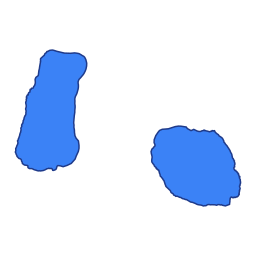 Paama, Malampa, Vanuatu (Mercator projection)
{"feature_id": "77236927B20475273490027", "entity_name": "Paama", "entity_type": "district", "adm_level": 2, "iso_a3": "VUT", "parent_name": "Vanuatu", "parent_adm1": "Malampa", "projection": "mercator", "projection_center": [168.29, -16.483], "detail": "fine", "context": "isolated", "style": "filled", "palette": "blue", "viewbox_px": 256, "rotation_deg": 0, "n_neighbors": 0, "source": "geoboundaries", "source_scale": "gbopen_adm2", "svg_char_len": 5787}
<svg xmlns="http://www.w3.org/2000/svg" viewBox="0 0 256 256"><path d="M19.0,137.5L18.3,139.0L18.1,140.1L17.5,140.8L17.6,141.4L17.9,142.2L17.9,143.1L17.6,144.3L16.7,146.1L16.5,147.0L15.7,148.6L15.8,150.7L15.6,151.4L15.4,151.7L15.4,152.3L15.6,152.8L15.9,153.1L16.2,154.4L16.9,155.6L17.0,156.4L18.9,158.4L19.3,158.6L20.4,158.8L21.3,159.7L21.5,161.0L22.2,162.2L22.3,163.2L22.5,163.6L24.4,165.0L27.5,165.5L27.9,165.9L27.9,167.2L28.1,167.7L28.8,168.2L29.6,168.6L31.8,168.6L32.6,168.9L34.1,169.7L36.3,170.3L37.0,170.6L38.4,170.9L39.4,170.7L39.9,170.9L40.6,170.9L43.3,170.5L45.3,169.7L46.5,169.0L46.9,168.7L48.0,168.6L48.6,168.3L49.0,168.3L50.0,168.6L50.8,168.4L51.6,168.5L52.2,169.0L52.7,170.3L53.0,170.4L53.5,170.4L54.7,170.0L55.6,169.6L56.3,168.8L57.0,166.4L57.3,166.0L57.8,165.6L60.2,165.8L63.1,166.7L67.1,165.4L71.3,163.4L75.1,159.1L76.2,156.1L78.3,151.5L79.0,148.3L79.0,145.3L78.4,140.9L76.1,138.2L74.8,135.3L74.8,134.3L74.5,132.8L74.4,130.0L73.9,127.2L74.0,125.1L73.7,123.2L73.7,122.2L74.3,115.6L74.8,112.3L74.8,110.4L75.1,107.5L75.1,105.8L74.8,103.5L74.9,101.8L74.9,100.6L74.8,99.5L74.9,98.2L75.4,96.5L76.7,93.9L77.1,92.7L78.1,89.1L78.4,87.0L78.4,84.8L78.1,83.3L78.1,81.8L78.7,80.0L79.1,79.3L81.0,77.3L81.8,76.2L82.2,75.9L83.2,74.6L83.9,73.6L85.1,71.3L86.0,69.0L86.6,66.0L86.7,63.2L86.4,61.8L85.8,59.5L84.7,57.3L83.7,56.3L82.0,55.4L81.0,54.7L79.0,53.6L76.9,53.2L74.6,52.9L70.5,53.3L64.4,53.1L56.8,51.3L54.0,50.4L52.8,50.1L51.9,50.1L50.0,50.3L49.2,50.6L48.1,51.3L47.2,51.4L46.7,51.8L46.5,52.5L45.1,53.5L44.7,54.1L44.2,55.5L43.6,55.8L40.7,58.5L40.5,59.0L40.6,61.3L40.4,61.7L40.5,61.8L39.6,66.9L39.4,68.6L38.9,70.6L38.3,75.4L38.0,75.8L37.6,76.1L35.9,77.4L35.3,78.8L35.1,79.6L35.3,81.7L35.3,83.1L34.7,85.2L34.5,85.6L33.7,86.5L33.3,87.8L32.8,88.2L31.7,88.2L31.2,88.8L31.2,89.2L31.0,89.4L30.7,89.5L30.5,89.3L30.2,89.4L30.1,89.6L30.2,90.4L29.9,90.9L30.0,91.7L29.9,92.0L29.7,92.2L29.1,92.4L28.7,92.8L28.3,93.6L28.3,94.6L28.2,94.9L28.1,95.0L27.5,94.9L27.3,95.1L26.4,96.9L26.4,97.4L26.7,97.6L26.8,98.0L26.2,99.2L26.3,99.9L26.3,100.5L26.2,101.1L25.7,102.2L25.8,103.5L26.2,105.2L26.2,106.9L25.6,108.9L25.7,109.5L26.1,110.8L26.1,111.3L25.9,112.3L25.9,114.0L25.5,115.2L25.0,115.7L24.9,115.9L24.8,116.5L24.4,117.0L24.2,117.6L24.1,118.4L23.9,118.9L23.9,119.5L23.2,120.6L23.1,121.8L22.9,122.4L22.8,123.1L22.6,123.6L22.1,124.0L21.8,124.7L21.6,125.1L21.6,125.4L21.8,125.9L21.7,126.6L21.1,127.6L20.9,128.2L20.9,128.9L21.1,129.8L20.7,131.4L20.7,132.1L20.3,132.8L19.8,134.4L19.6,135.6L19.2,136.7L19.0,137.5ZM192.7,129.9L191.0,130.6L187.4,128.6L186.2,127.0L181.0,126.2L178.5,126.1L175.2,126.6L168.3,128.8L162.2,129.3L159.5,130.5L158.1,132.2L155.8,135.6L154.2,139.7L154.1,142.7L154.9,144.4L155.0,145.9L154.0,146.8L153.4,147.8L153.0,148.2L152.7,148.3L152.3,148.6L151.7,149.7L151.4,150.8L151.1,151.3L151.1,151.8L151.4,153.9L151.7,154.8L152.1,156.7L152.1,157.7L151.8,159.2L151.8,160.4L151.7,160.8L151.8,161.5L152.0,162.3L152.5,162.9L152.9,163.6L153.8,164.6L154.1,165.2L154.5,166.2L154.9,166.4L155.2,166.9L155.5,167.0L156.0,167.4L156.0,168.0L156.4,168.1L156.6,168.9L157.1,168.9L157.5,169.2L157.7,169.8L158.4,169.9L158.6,170.0L158.8,170.9L159.1,171.1L159.2,171.9L159.4,172.2L159.3,172.8L159.7,173.6L160.1,174.6L160.2,175.8L160.3,176.1L161.1,176.8L161.9,177.9L162.6,178.6L163.1,179.7L163.9,180.5L164.9,183.5L165.3,184.8L165.7,185.5L165.9,186.4L166.5,187.0L168.0,188.4L168.7,189.1L170.2,190.5L170.5,191.0L170.8,191.9L171.1,192.5L171.7,193.0L172.4,193.3L173.1,193.8L173.6,194.9L173.9,195.2L174.8,195.4L175.7,196.3L177.0,196.2L177.5,196.3L179.6,197.3L180.9,197.5L182.1,198.4L183.1,198.8L184.1,198.9L185.3,199.5L186.5,199.6L189.4,201.3L190.5,202.0L192.7,202.4L194.1,203.0L195.2,203.4L196.9,204.3L198.2,204.7L201.1,205.1L201.7,205.3L202.4,205.5L203.1,205.9L203.9,205.9L204.5,205.7L205.7,205.7L206.4,205.5L207.4,204.7L208.0,204.6L209.1,204.5L209.8,204.7L210.3,204.8L211.8,204.7L215.0,204.8L215.5,204.9L216.0,205.1L216.8,205.2L217.8,204.6L218.9,204.6L219.7,204.7L220.1,204.9L221.0,204.9L221.3,204.7L222.6,205.3L225.4,205.9L229.5,204.4L229.9,201.4L229.9,200.1L230.1,199.3L230.2,198.2L230.4,198.0L230.7,197.7L231.1,197.1L231.7,197.1L232.3,197.4L232.7,197.7L233.1,197.8L233.4,197.4L234.5,197.2L234.7,197.5L234.9,197.5L235.1,197.4L235.5,197.4L236.2,196.9L236.5,196.9L236.8,197.0L237.1,196.7L237.4,196.7L237.7,196.5L238.6,195.5L238.8,194.7L239.2,194.4L239.2,194.1L238.9,193.9L238.9,193.7L239.2,193.2L239.2,192.3L239.5,191.5L239.3,190.8L239.5,190.6L239.7,190.3L239.6,189.7L240.0,189.1L240.1,188.4L239.6,186.9L239.5,186.0L239.7,185.7L240.0,185.5L240.0,184.6L240.1,184.2L240.3,184.0L240.4,183.3L240.6,183.0L240.6,182.7L240.4,182.1L240.5,181.3L240.3,180.9L240.3,179.7L239.4,177.9L239.4,177.6L239.8,177.3L239.8,176.5L239.7,176.4L239.3,176.5L238.8,175.5L238.7,174.7L238.6,174.2L238.3,174.1L238.4,173.7L238.0,173.4L237.8,172.8L237.4,172.6L237.2,172.0L236.8,171.9L236.6,171.7L236.0,171.1L235.7,170.4L235.1,170.5L234.9,170.4L234.6,170.0L234.0,168.9L233.9,168.5L233.9,167.6L234.2,167.1L234.6,167.0L234.7,166.8L234.5,165.6L234.6,164.9L234.7,164.5L234.9,164.3L234.8,163.5L234.9,163.1L234.6,162.6L234.3,161.4L234.4,160.9L234.0,160.6L233.9,160.0L233.6,159.7L233.4,159.1L233.2,158.7L232.7,158.2L232.5,157.9L231.7,154.1L230.6,152.2L229.9,150.3L229.4,149.7L228.7,148.4L228.0,147.5L227.0,145.8L225.4,144.1L224.9,143.1L224.1,142.4L224.0,142.1L223.7,140.7L222.5,138.4L221.6,137.5L219.0,135.8L218.4,134.7L217.0,133.8L216.0,132.9L215.3,132.3L214.5,130.7L214.1,130.7L213.7,130.9L213.4,131.0L213.2,130.8L212.8,130.8L212.5,130.6L212.1,130.6L211.9,130.8L211.9,131.1L211.6,131.3L210.7,131.3L209.7,131.8L206.9,131.0L206.0,130.9L205.3,130.5L204.5,130.6L204.2,130.1L203.9,130.1L203.3,130.6L201.9,130.8L201.7,131.0L200.4,131.5L199.6,131.5L198.5,131.4L197.1,131.0L193.8,129.4L193.4,129.5L192.7,129.9Z" fill="#3b82f6" stroke="#1e3a8a" stroke-width="1.5"/></svg>